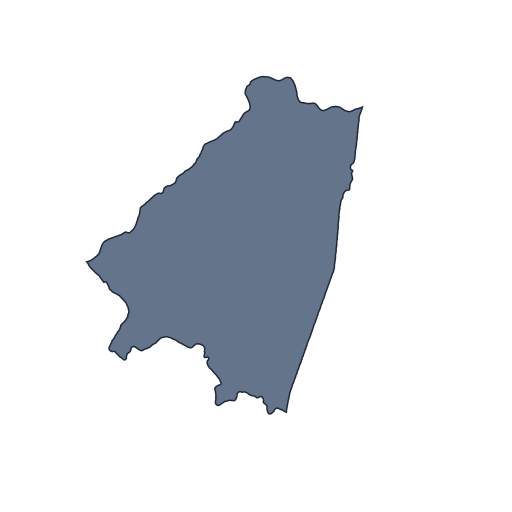 outline of Morales, Izabal, Guatemala, rotated 324°
{"feature_id": "79465075B97649712901036", "entity_name": "Morales", "entity_type": "district", "adm_level": 2, "iso_a3": "GTM", "parent_name": "Guatemala", "parent_adm1": "Izabal", "projection": "robinson", "projection_center": [-88.797, 15.422], "detail": "fine", "context": "isolated", "style": "filled", "palette": "slate", "viewbox_px": 512, "rotation_deg": 324, "n_neighbors": 0, "source": "geoboundaries", "source_scale": "gbopen_adm2", "svg_char_len": 6121}
<svg xmlns="http://www.w3.org/2000/svg" viewBox="0 0 512 512"><g transform="rotate(324 256 256)"><path d="M115.6,161.2L115.7,162.0L115.7,162.5L115.7,163.1L115.7,163.5L115.6,163.9L115.4,164.6L115.3,165.1L115.3,165.6L115.3,167.2L115.3,168.2L115.3,168.6L115.4,169.2L115.5,170.0L115.9,172.0L116.2,174.3L116.5,175.8L116.8,177.5L117.1,178.3L117.3,178.9L117.5,179.4L117.6,179.8L117.6,180.2L117.6,180.6L117.3,181.4L117.4,186.6L117.4,187.3L117.4,187.9L117.9,188.0L118.4,188.1L119.0,188.4L119.5,188.7L119.5,191.3L118.7,194.9L118.2,195.9L118.1,197.5L118.5,198.3L118.8,200.8L119.8,202.8L121.3,205.5L121.6,206.8L122.1,207.3L123.3,216.1L123.2,218.4L122.5,220.8L122.3,222.6L121.3,224.3L121.2,225.1L120.6,226.2L119.2,227.7L118.3,227.9L117.3,228.7L116.4,230.1L115.2,230.1L114.0,230.9L111.2,231.7L106.5,232.4L105.5,233.0L105.1,233.6L104.4,233.8L103.0,235.0L101.2,235.9L99.1,236.1L98.4,236.8L95.7,237.6L93.5,238.9L89.7,240.0L89.4,240.4L83.2,243.8L82.4,244.8L82.3,246.4L82.6,247.7L83.5,248.9L84.8,249.5L85.8,250.6L85.7,252.6L86.2,253.2L86.5,257.5L87.3,259.2L87.9,261.8L88.5,262.8L89.2,263.1L90.9,262.7L92.3,260.9L93.9,259.8L94.1,259.3L96.8,259.5L98.4,259.2L101.5,256.7L103.9,257.2L104.2,257.8L104.9,258.8L106.1,262.7L106.6,263.4L107.1,264.8L108.8,265.8L111.2,265.9L112.5,266.5L116.7,267.4L120.2,266.9L123.9,267.5L125.2,267.1L130.5,266.4L133.2,267.1L136.4,268.8L139.1,272.3L140.1,274.5L140.9,275.3L142.1,277.9L142.8,280.4L145.0,284.5L146.9,288.9L149.1,291.9L150.5,292.3L155.4,291.9L157.6,293.0L158.5,293.9L160.6,297.2L160.8,298.9L160.0,300.9L157.9,303.3L157.9,303.8L156.6,305.3L155.4,306.1L154.8,307.0L154.9,308.0L155.5,308.2L156.0,308.8L157.7,309.3L157.6,311.2L156.5,312.0L155.3,312.1L154.3,312.9L153.5,313.9L152.8,315.9L152.6,319.8L153.2,321.1L153.4,325.4L153.9,328.9L154.0,335.2L153.5,336.0L153.4,337.9L152.3,339.0L151.1,339.1L149.8,338.5L146.9,338.2L146.4,338.6L145.5,338.5L144.2,339.9L143.8,341.3L141.9,344.8L139.0,348.7L137.5,350.0L136.5,351.9L136.8,353.8L137.6,354.7L138.4,355.1L145.3,355.4L147.0,356.2L149.4,356.9L152.9,359.9L153.8,360.4L154.5,360.3L155.9,359.9L156.3,359.3L157.8,358.7L158.4,357.9L160.0,356.2L161.3,355.9L162.3,356.0L162.9,356.1L163.5,356.4L163.9,356.8L164.1,357.4L164.7,358.1L165.8,358.5L167.0,359.4L168.0,360.9L168.6,361.9L168.9,363.8L170.3,366.1L172.8,368.8L173.1,370.6L173.6,371.4L174.5,371.9L177.2,372.2L178.0,373.2L177.9,375.9L177.4,377.1L176.2,378.2L175.9,379.7L176.2,380.3L176.8,382.7L176.4,384.3L174.6,386.8L173.6,389.8L173.6,391.0L174.3,391.9L175.4,392.4L178.1,392.3L179.5,392.1L179.9,391.6L181.7,391.0L183.4,391.2L184.7,392.5L185.8,394.8L186.6,395.7L187.6,397.9L187.6,398.4L188.5,399.6L188.8,400.2L189.5,399.5L189.6,399.1L192.5,396.3L197.4,391.6L199.0,390.4L201.1,388.1L201.4,388.1L203.0,386.4L203.2,386.1L203.7,386.1L204.5,385.4L208.5,382.7L210.4,381.1L211.2,380.9L215.1,378.2L217.1,377.0L218.0,376.0L220.2,375.0L221.5,373.7L223.9,372.4L225.8,370.8L227.8,369.7L228.0,369.2L228.5,369.2L230.5,368.0L232.0,366.6L232.4,366.6L233.9,365.1L234.6,364.9L235.2,364.8L237.1,363.1L238.4,362.5L239.7,361.3L241.3,360.6L241.5,360.1L243.3,359.1L245.4,357.5L247.9,355.6L248.5,355.5L249.2,354.9L249.8,354.5L251.7,353.5L257.5,349.4L261.7,346.4L262.8,345.5L265.9,343.8L266.4,343.2L267.9,342.4L270.7,340.2L271.0,340.3L271.4,339.8L273.8,338.1L274.1,337.9L277.4,335.9L279.6,334.1L282.3,332.6L283.6,331.3L286.8,329.6L290.1,327.0L295.7,323.3L308.2,314.7L308.6,314.7L309.9,313.8L310.2,313.2L311.5,312.5L312.9,311.1L314.2,309.3L319.0,304.5L320.7,302.0L322.1,300.8L324.2,298.6L325.3,296.9L326.1,296.3L326.6,295.7L328.0,294.4L328.2,293.8L329.6,292.1L330.8,290.8L331.3,290.6L332.8,288.4L333.1,288.3L335.4,285.4L335.8,285.4L336.5,284.2L339.0,281.6L339.8,280.6L340.7,279.1L345.3,274.1L346.0,272.9L346.5,272.8L346.6,272.3L348.1,270.4L349.5,269.2L350.0,268.2L350.7,267.5L351.1,267.5L351.6,267.2L352.0,266.1L353.5,265.0L357.4,261.1L360.7,259.7L361.9,258.1L364.3,256.5L366.5,255.9L368.7,256.4L370.2,257.4L371.6,256.4L373.7,253.6L375.9,252.2L378.8,250.9L379.6,250.2L380.4,248.6L381.4,246.1L382.1,245.1L382.6,244.8L383.2,244.5L383.9,244.3L384.3,244.0L384.1,242.4L383.7,241.8L383.9,240.7L384.3,240.1L385.6,238.4L386.8,238.3L387.2,237.9L388.0,238.1L390.1,237.8L393.9,234.6L394.2,234.1L398.5,229.1L402.9,224.8L403.8,223.4L407.2,220.1L408.2,218.4L409.2,217.6L410.8,215.6L411.2,215.6L411.2,215.2L413.6,212.6L417.9,207.8L418.4,207.6L421.2,204.0L422.8,202.8L426.6,200.4L429.7,198.0L428.8,197.9L427.6,197.5L424.6,196.5L423.0,195.7L418.5,195.0L416.7,194.3L415.5,193.3L413.7,191.1L412.9,189.5L413.0,189.1L412.1,187.5L412.1,186.9L411.0,184.6L408.5,181.8L407.1,181.4L405.6,180.3L404.2,179.7L399.2,179.0L396.0,178.0L395.3,177.4L394.6,176.5L393.9,174.2L393.8,169.3L393.4,167.3L391.9,165.8L389.6,164.6L388.0,163.3L387.4,163.2L384.8,160.2L382.7,158.4L382.3,157.8L382.4,157.2L382.1,156.8L382.2,154.3L383.5,150.2L385.0,148.0L387.8,141.1L388.8,136.4L388.7,132.7L388.4,131.6L387.4,131.0L386.7,130.1L385.2,129.4L383.5,128.9L380.0,128.6L377.3,127.7L374.7,124.5L374.3,123.1L373.2,121.8L372.9,120.9L372.3,119.7L370.7,118.0L367.1,114.9L364.0,113.4L358.1,112.0L354.8,111.8L353.6,112.2L352.0,113.6L348.5,113.5L345.2,115.5L343.4,117.2L342.5,118.8L341.8,124.0L340.5,128.9L338.9,131.9L337.6,133.4L336.8,133.6L336.2,134.1L331.3,133.6L329.4,133.9L321.5,137.1L320.4,137.2L318.5,135.5L317.3,135.5L314.2,137.6L311.0,138.8L308.5,138.9L306.1,138.0L301.7,137.3L293.3,138.2L289.5,137.6L285.7,136.5L282.0,136.0L280.4,135.5L277.7,136.6L274.4,138.9L273.2,139.4L272.5,140.2L271.0,140.9L270.3,141.0L269.0,142.1L265.1,143.0L263.9,143.9L262.8,144.6L261.2,145.3L259.5,145.3L259.0,145.8L256.5,146.2L252.7,146.3L248.3,145.7L245.7,146.4L244.9,146.1L240.7,145.9L238.7,146.2L237.6,146.5L235.1,148.5L233.0,149.4L228.0,148.7L225.7,147.4L223.6,147.0L221.9,147.1L221.0,147.7L218.0,149.9L216.2,149.8L215.5,149.2L214.1,147.9L213.1,147.6L210.0,147.3L202.9,148.0L202.5,148.3L197.8,148.4L197.1,148.9L191.8,148.8L190.8,149.1L186.3,153.7L182.4,156.1L181.5,157.0L176.5,160.6L173.3,162.1L167.6,163.0L166.6,162.4L164.4,159.8L159.5,159.5L147.2,155.8L142.1,155.2L140.1,155.6L138.1,156.5L130.2,161.9L127.4,162.4L121.4,162.6L119.1,162.4L115.6,161.2Z" fill="#64748b" stroke="#1e293b" stroke-width="1.5"/></g></svg>